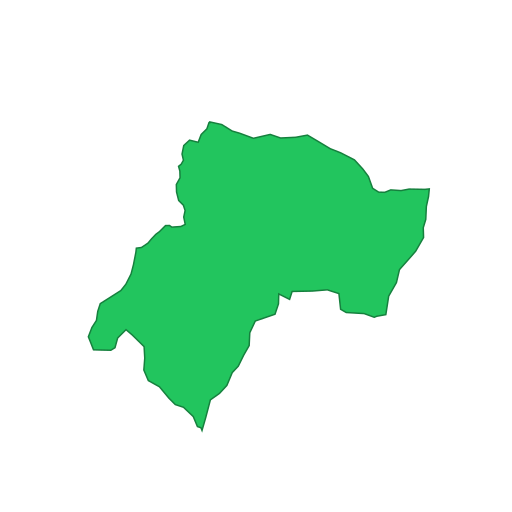 outline of Pentalia, Paphos, Cyprus, rotated 338°
{"feature_id": "46923920B72015155205628", "entity_name": "Pentalia", "entity_type": "district", "adm_level": 2, "iso_a3": "CYP", "parent_name": "Cyprus", "parent_adm1": "Paphos", "projection": "albers", "projection_center": [32.617, 34.847], "detail": "fine", "context": "isolated", "style": "filled", "palette": "green", "viewbox_px": 512, "rotation_deg": 338, "n_neighbors": 0, "source": "geoboundaries", "source_scale": "gbopen_adm2", "svg_char_len": 1624}
<svg xmlns="http://www.w3.org/2000/svg" viewBox="0 0 512 512"><g transform="rotate(338 256 256)"><path d="M148.0,203.9L146.0,207.6L139.1,218.2L133.4,225.9L124.8,233.4L117.8,237.4L104.9,239.8L93.8,241.8L88.5,248.1L83.9,256.0L77.1,260.8L70.3,268.1L70.3,272.9L70.2,282.1L76.8,285.0L86.1,289.0L90.9,288.2L97.0,280.2L107.9,275.6L111.7,282.9L118.3,298.1L114.6,309.0L109.3,319.7L109.5,331.2L117.5,341.1L122.0,355.2L125.5,363.5L132.1,369.1L137.7,381.4L137.8,392.2L140.6,394.6L140.6,397.5L148.6,387.3L159.8,372.3L170.7,369.7L180.5,365.1L190.3,355.2L198.3,351.5L207.6,343.2L216.1,336.5L221.5,324.8L231.0,316.0L251.8,317.1L258.9,308.8L262.9,299.7L270.9,308.8L276.2,302.4L295.1,309.6L309.5,314.1L312.2,316.4L318.8,321.9L314.5,337.1L318.5,342.2L334.7,349.9L342.7,357.1L345.4,357.1L352.5,358.6L354.4,359.0L364.0,342.9L376.2,333.3L383.9,322.4L386.0,321.3L396.7,316.0L405.8,311.4L418.3,301.6L421.7,292.4L427.1,285.7L432.5,273.9L438.3,265.4L441.8,258.7L437.6,257.5L423.0,251.3L415.0,249.7L405.7,245.2L399.3,245.2L393.7,242.8L389.5,236.9L390.0,224.4L387.6,215.3L383.3,203.8L373.2,192.1L365.0,184.3L356.2,172.6L349.0,163.2L337.3,160.8L323.0,155.8L314.7,148.6L297.7,145.9L286.8,136.0L280.7,131.2L273.5,121.3L263.6,114.5L263.5,115.1L262.4,114.7L258.1,119.7L250.7,122.8L245.0,128.9L237.8,123.7L230.4,126.5L225.6,133.8L224.6,140.0L221.0,142.9L217.8,143.8L217.2,148.8L214.9,155.0L208.9,159.9L206.3,166.9L205.1,175.6L207.7,181.7L207.3,187.3L203.6,192.8L202.2,200.2L197.4,200.5L188.8,197.7L187.2,195.3L183.5,193.9L175.4,197.3L171.2,198.4L165.5,201.0L160.6,203.6L153.0,205.2L148.0,203.9Z" fill="#22c55e" stroke="#15803d" stroke-width="1.5"/></g></svg>